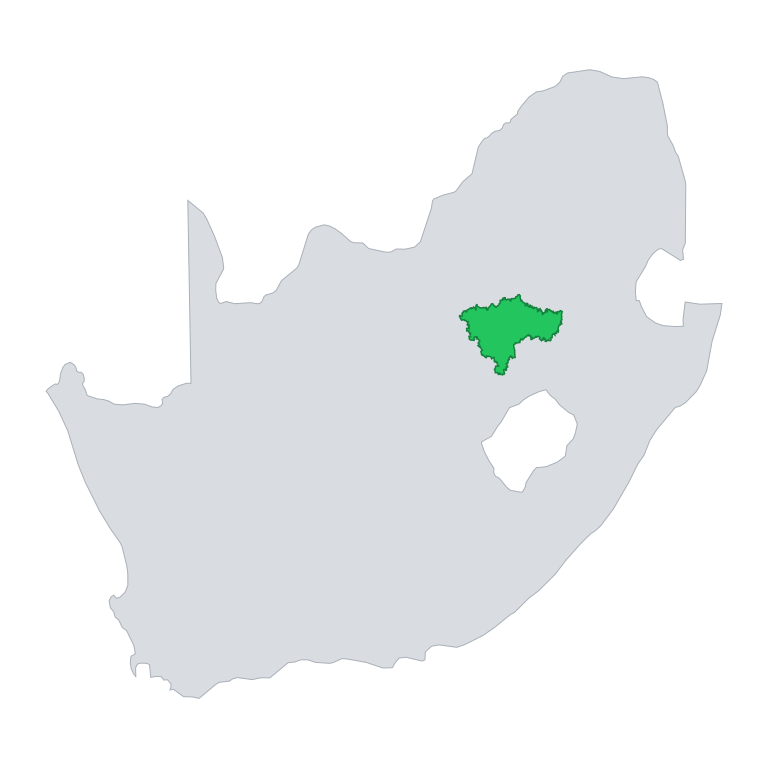 location of Fezile Dabi, Free State, South Africa
{"feature_id": "47623444B21501715606105", "entity_name": "Fezile Dabi", "entity_type": "district", "adm_level": 2, "iso_a3": "ZAF", "parent_name": "South Africa", "parent_adm1": "Free State", "projection": "natural_earth1", "projection_center": [27.835, -27.476], "detail": "fine", "context": "in_parent", "style": "filled", "palette": "green", "viewbox_px": 768, "rotation_deg": 0, "n_neighbors": 0, "source": "geoboundaries", "source_scale": "gbopen_adm2", "svg_char_len": 9689}
<svg xmlns="http://www.w3.org/2000/svg" viewBox="0 0 768 768"><path d="M567.6,73.0L589.8,69.7L599.8,71.5L611.8,76.9L623.0,78.7L642.1,76.8L648.6,77.7L653.8,79.5L657.5,82.4L662.9,103.4L667.4,126.0L667.3,133.3L667.9,136.1L673.2,145.6L675.2,151.6L678.3,156.4L685.1,180.5L685.8,184.7L685.3,243.0L682.6,250.0L683.6,259.2L680.4,260.4L661.7,248.7L658.4,249.1L653.0,253.5L648.1,260.3L645.7,266.1L636.1,281.9L635.4,291.8L636.2,300.4L639.3,300.7L641.5,306.8L646.6,316.6L655.3,322.9L663.3,325.7L674.5,326.5L683.4,326.3L683.0,319.7L685.2,302.0L699.9,304.2L721.9,303.5L720.3,315.0L712.1,341.3L706.7,370.7L700.0,385.6L696.2,391.7L685.5,402.6L679.9,406.2L675.3,407.4L656.9,429.4L650.1,440.0L643.9,455.4L637.9,463.9L629.0,481.9L613.6,508.6L600.5,526.1L594.7,531.2L590.9,533.5L580.6,543.7L566.1,560.0L555.0,574.5L538.4,590.9L528.9,598.1L514.6,612.3L510.6,614.4L494.5,627.5L482.9,635.5L464.2,644.8L456.8,647.3L439.0,644.9L431.6,646.2L425.4,651.8L424.9,659.8L422.3,661.1L406.0,657.3L399.3,658.0L395.4,662.3L392.3,667.7L382.9,668.0L366.2,662.4L346.6,658.9L342.1,658.6L332.7,662.7L329.3,663.3L315.5,662.4L307.8,659.8L300.5,659.8L294.9,662.0L288.1,662.7L269.9,677.8L260.4,677.8L252.3,679.6L237.7,677.6L233.4,678.5L229.1,681.2L219.3,682.3L215.5,684.6L199.2,698.3L192.3,696.9L183.6,696.7L173.6,689.4L169.9,689.9L170.8,687.7L171.0,683.8L167.5,679.8L163.6,680.0L161.5,676.7L155.6,676.4L150.8,677.4L149.5,664.7L147.2,663.4L141.3,663.1L138.4,663.6L137.1,664.7L135.6,667.6L135.8,676.5L133.7,674.0L131.2,668.7L130.3,663.0L131.0,656.3L135.4,653.7L133.8,645.2L126.5,630.5L122.2,627.4L118.7,619.9L115.3,617.2L113.7,611.9L110.4,607.7L109.1,601.0L110.8,597.2L113.6,595.1L116.5,598.4L120.1,597.1L125.1,592.3L127.9,585.0L127.8,573.3L126.8,565.9L122.2,547.0L120.2,542.7L110.7,529.2L99.6,511.0L85.4,482.5L78.4,465.3L67.7,430.6L58.6,411.0L47.5,392.7L46.1,391.5L47.6,389.3L53.2,385.1L55.8,383.9L57.2,384.5L58.5,383.3L59.7,380.4L60.5,374.0L63.0,367.2L65.3,364.3L70.3,362.3L74.2,364.9L75.9,367.4L76.6,370.7L78.4,372.3L81.1,372.2L83.1,374.2L84.3,378.4L84.1,381.4L82.6,383.3L82.9,385.7L84.9,388.8L87.2,395.5L97.6,399.0L103.5,399.5L109.1,401.2L114.3,404.2L122.9,404.9L134.7,403.4L144.5,404.1L152.3,407.0L157.8,407.5L161.2,405.7L162.7,403.0L162.1,399.5L163.8,397.3L167.7,396.4L170.7,393.7L173.0,389.4L178.3,385.9L186.7,383.2L191.0,383.3L187.8,200.4L203.1,213.0L206.7,218.9L214.4,236.0L222.3,257.1L223.7,267.3L223.4,269.5L215.9,283.4L215.7,290.2L216.7,298.2L218.6,302.2L220.8,303.5L226.2,301.5L234.5,303.7L250.3,302.7L258.2,303.8L260.2,303.1L262.0,301.4L264.0,296.6L265.8,295.0L273.1,292.9L276.4,290.1L281.5,280.6L297.1,267.9L298.8,264.8L308.3,234.3L311.3,230.0L315.7,227.1L324.3,224.8L329.4,226.0L334.9,228.7L341.1,233.1L350.4,241.4L353.6,242.7L362.8,243.0L368.6,248.5L385.9,252.2L390.9,252.0L396.2,249.0L405.1,249.2L414.6,247.1L420.4,241.7L431.4,208.3L432.5,201.0L433.8,199.0L442.8,195.2L453.9,192.3L456.1,190.8L463.0,181.5L472.0,173.8L478.3,147.1L482.4,140.8L484.9,138.2L486.5,138.1L488.8,136.5L491.8,133.2L495.4,131.2L499.6,130.4L502.2,128.2L503.5,124.7L505.6,122.9L508.6,123.0L510.4,121.9L510.8,119.5L517.6,113.8L517.7,111.4L521.6,105.8L529.2,96.9L536.3,91.9L543.1,90.9L555.4,86.3L559.9,82.0L562.7,76.2L567.6,73.0ZM546.2,466.7L557.1,462.2L565.2,456.3L567.0,445.5L573.3,438.8L575.5,432.6L577.3,424.0L573.7,415.0L568.6,412.4L559.4,404.7L555.4,399.4L549.9,395.0L546.0,389.8L539.7,391.4L529.9,395.7L523.8,399.6L518.7,404.3L509.5,407.6L500.9,422.3L498.1,425.6L491.4,436.4L481.7,441.7L481.5,443.6L484.7,452.4L489.2,461.1L493.9,468.2L493.7,472.6L495.3,476.1L499.5,478.4L506.7,487.3L510.2,490.2L521.0,492.3L522.6,491.7L525.5,486.5L526.0,482.7L533.2,471.2L536.3,467.7L546.2,466.7Z" fill="#d9dde1" stroke="#a8b0b8" stroke-width="1"/><path d="M459.4,316.2L461.1,319.0L460.8,319.0L461.6,320.2L464.1,319.6L464.5,320.5L466.1,320.5L466.9,321.9L468.3,321.7L468.3,322.2L467.9,322.5L467.7,324.2L467.2,324.4L467.4,325.0L468.2,324.7L468.4,325.4L469.1,325.1L469.3,325.9L468.6,326.1L468.8,326.7L468.6,326.8L468.9,327.5L469.0,327.5L469.2,328.4L468.3,328.2L466.6,328.4L466.8,331.0L468.7,330.7L469.1,332.7L470.5,333.3L469.8,333.8L470.6,336.7L469.6,336.7L469.7,336.4L469.5,336.8L469.0,336.6L469.4,339.1L469.9,339.7L471.7,340.2L472.6,340.1L474.0,340.4L474.4,339.7L473.8,337.6L474.6,337.0L476.0,337.1L476.0,336.7L477.1,337.0L476.4,338.8L476.9,338.9L477.6,338.4L477.8,339.0L479.8,340.8L478.1,343.0L479.4,344.2L477.9,345.6L479.2,346.7L480.0,346.2L480.4,346.7L479.9,347.2L481.0,348.3L482.4,350.3L480.9,351.3L481.4,353.8L481.5,353.7L482.3,355.4L483.1,355.1L485.0,357.0L485.8,356.6L485.7,357.5L486.3,357.6L486.3,356.4L486.5,356.2L486.6,356.9L486.9,356.1L487.2,356.0L487.1,355.8L488.0,356.6L489.0,356.2L491.2,357.0L491.2,357.7L491.6,358.8L494.0,357.4L494.2,358.1L494.2,360.9L494.7,361.1L494.6,361.8L495.7,361.5L495.9,362.1L496.7,362.0L496.6,362.6L497.1,362.8L497.0,363.3L498.6,366.1L495.9,366.0L495.1,368.7L494.4,369.3L495.0,370.3L495.3,372.7L497.5,372.7L497.7,373.1L498.0,373.1L498.2,374.0L498.5,373.9L498.5,374.4L499.0,374.3L499.1,373.2L499.9,373.2L500.0,374.3L500.2,374.5L500.9,374.1L502.6,374.9L503.7,373.7L504.1,374.1L504.6,373.3L504.3,372.8L503.7,369.6L505.0,369.3L505.8,370.4L506.4,370.1L506.2,368.8L506.4,368.9L506.4,368.2L506.1,367.1L507.7,367.0L507.5,365.6L506.1,363.8L508.1,362.8L507.8,360.9L508.8,360.0L508.2,360.0L508.7,358.6L509.1,358.8L509.5,357.2L510.2,356.7L510.4,356.1L510.7,356.3L510.7,356.6L511.2,356.3L511.5,356.5L511.8,356.8L511.6,357.4L512.0,357.5L512.1,358.0L512.5,358.3L513.0,357.5L515.1,357.5L514.7,353.5L514.7,350.3L513.8,346.9L513.7,344.5L515.5,343.7L515.5,342.8L517.0,343.0L518.2,342.7L519.9,342.5L520.0,342.0L519.6,341.5L520.6,340.0L520.9,340.0L520.7,339.1L522.7,339.1L522.9,339.7L524.7,337.6L525.7,336.9L526.0,337.0L526.7,335.9L527.2,335.9L528.1,335.0L528.4,335.7L529.0,335.8L529.2,335.4L529.7,335.8L529.7,335.4L530.7,335.8L531.0,339.5L532.0,339.3L532.1,338.7L532.4,338.4L532.4,338.0L533.0,338.6L534.6,337.7L534.8,337.4L535.3,337.4L535.8,336.7L536.4,337.2L536.8,337.1L537.3,336.4L537.9,336.2L538.8,336.6L539.9,337.5L539.6,338.0L539.7,338.8L539.6,339.0L540.3,339.5L541.4,340.7L541.9,340.0L542.0,340.2L543.1,339.9L543.0,338.7L543.2,338.1L543.7,337.8L544.1,339.1L544.7,339.5L544.9,339.0L545.9,340.4L545.2,341.0L545.8,341.2L546.1,341.5L548.2,339.9L548.1,340.4L550.9,340.8L550.6,340.6L550.9,340.2L551.0,339.1L550.7,338.2L551.0,337.6L552.2,337.5L552.1,335.1L552.7,334.1L554.0,334.2L554.8,334.9L554.5,333.5L555.9,333.3L556.1,332.7L556.6,333.1L557.0,331.3L557.4,331.3L558.3,331.9L558.5,331.1L558.1,328.2L559.0,325.4L560.2,325.0L560.1,324.1L560.2,323.8L560.7,323.7L561.7,324.0L561.8,323.4L560.8,322.8L561.3,321.9L560.8,321.8L560.7,321.3L561.4,320.1L561.7,320.0L561.7,319.3L561.8,319.3L561.5,318.3L561.8,316.5L561.4,315.0L562.2,311.5L560.2,310.6L559.7,311.6L558.9,311.8L558.3,311.6L557.8,312.0L557.2,311.7L556.9,312.3L557.4,312.5L557.3,313.2L557.5,313.4L557.0,314.0L556.6,313.8L556.2,312.6L555.7,312.3L554.9,313.1L554.4,312.9L553.9,313.2L553.5,311.6L553.4,311.7L553.1,312.5L552.3,312.0L552.4,311.5L552.1,311.2L551.5,310.9L551.0,311.2L550.7,311.1L549.7,309.5L549.2,309.8L548.5,309.8L547.0,308.7L546.6,308.8L546.5,309.1L546.0,309.5L545.3,310.7L545.8,311.0L546.5,310.6L547.3,310.8L547.4,311.0L546.9,312.0L546.1,311.6L545.4,311.4L545.5,312.1L544.8,312.2L544.4,312.9L544.1,313.0L543.8,312.8L543.5,313.0L543.4,313.7L543.2,314.1L542.4,314.4L542.5,313.8L542.8,313.7L543.0,313.1L542.2,312.4L542.1,311.9L541.1,311.4L541.4,310.7L541.4,310.4L540.4,309.6L540.0,308.6L539.7,308.9L540.0,309.2L539.7,309.7L539.8,310.0L539.6,310.2L539.0,309.2L538.6,309.1L538.4,309.3L539.0,310.1L538.1,311.3L537.6,311.7L537.4,311.3L538.0,310.5L536.9,308.6L536.9,308.0L536.5,307.6L535.7,307.8L534.9,307.6L533.7,308.5L533.5,307.9L534.0,307.5L534.0,307.3L533.3,307.3L533.2,307.8L532.8,308.1L532.3,307.5L532.0,306.8L532.0,306.4L531.2,306.8L531.1,306.2L530.7,305.5L530.1,305.1L529.7,305.9L529.8,306.4L530.3,306.9L529.7,307.2L529.3,306.7L528.7,306.6L528.0,305.6L528.0,304.6L527.7,303.7L527.4,303.4L526.9,303.3L526.7,303.6L527.3,304.5L527.4,305.3L527.3,305.6L526.7,305.3L526.2,305.6L525.3,305.5L525.1,304.9L525.3,304.5L525.4,303.9L525.1,303.3L523.5,302.7L523.1,302.1L522.5,301.8L522.2,301.1L521.8,300.8L521.0,300.8L521.5,300.1L520.6,299.6L520.4,298.5L520.1,297.8L520.3,295.9L519.4,294.7L519.1,294.6L517.9,294.9L517.7,295.7L517.2,296.3L515.9,296.7L516.0,297.2L515.4,298.4L514.1,298.4L513.4,298.7L511.4,298.6L510.9,299.0L510.8,299.4L510.7,300.2L511.0,300.8L510.9,301.0L510.4,300.9L509.9,300.4L509.7,299.6L509.1,299.1L508.0,299.3L507.5,299.2L507.0,299.7L506.6,299.8L505.6,299.5L505.2,299.7L505.0,299.3L505.3,298.7L505.2,297.7L504.3,297.7L504.1,298.2L503.6,298.0L502.6,298.4L502.6,298.8L503.1,299.5L503.1,299.8L502.6,300.2L502.0,299.8L501.3,300.3L500.5,300.2L500.1,300.4L500.0,300.8L500.5,301.6L500.2,302.4L500.2,303.0L499.2,303.5L498.7,305.2L497.3,306.0L496.2,307.3L495.6,307.2L494.9,306.1L494.4,306.3L494.3,305.7L493.2,304.7L493.1,304.1L492.8,303.8L491.6,303.8L491.1,304.5L491.1,305.0L490.3,305.6L489.9,306.5L489.1,307.0L488.6,308.0L488.1,308.4L487.8,309.2L487.9,309.9L487.6,310.1L486.9,309.9L486.3,309.5L486.7,308.6L486.6,307.6L486.4,307.3L485.9,307.3L485.4,307.9L485.0,308.1L483.8,307.4L483.0,307.6L482.7,308.0L482.1,307.8L480.8,308.0L480.3,307.8L479.7,307.7L477.3,306.1L476.9,305.7L477.1,304.8L476.6,304.6L476.1,305.4L475.8,306.4L476.0,308.9L475.8,309.7L475.4,309.1L475.3,308.3L474.8,307.8L474.1,307.8L473.6,307.0L473.3,307.1L472.9,308.1L471.6,308.7L471.3,308.5L471.3,307.8L471.1,307.7L470.4,308.2L469.5,308.5L468.8,309.3L467.3,309.8L466.8,311.5L466.4,311.9L465.9,311.8L465.7,310.9L465.2,310.7L464.1,311.2L463.4,311.2L463.2,312.4L462.3,312.9L461.9,313.7L462.4,315.0L462.0,316.3L460.5,315.9L460.0,315.5L459.6,315.6L459.4,316.2Z" fill="#22c55e" stroke="#15803d" stroke-width="1.5"/></svg>